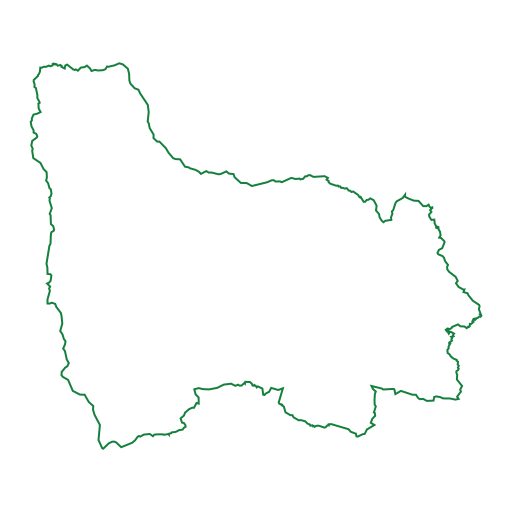 Medellín, Antioquia, Colombia (orthographic projection)
{"feature_id": "7082276B76690106408580", "entity_name": "Medellín", "entity_type": "district", "adm_level": 2, "iso_a3": "COL", "parent_name": "Colombia", "parent_adm1": "Antioquia", "projection": "orthographic", "projection_center": [-75.59, 6.269], "detail": "fine", "context": "isolated", "style": "outline", "palette": "green", "viewbox_px": 512, "rotation_deg": 0, "n_neighbors": 0, "source": "geoboundaries", "source_scale": "gbopen_adm2", "svg_char_len": 5932}
<svg xmlns="http://www.w3.org/2000/svg" viewBox="0 0 512 512"><path d="M103.2,448.7L108.8,443.3L112.2,441.7L114.2,441.6L116.3,442.5L121.2,447.2L132.3,442.7L135.1,440.3L137.7,436.7L138.9,436.0L140.2,436.6L143.8,434.6L149.8,434.0L153.0,436.2L154.1,434.8L155.8,434.4L162.9,434.3L163.7,434.8L168.3,434.1L168.8,434.6L168.7,433.8L171.2,433.2L171.6,432.4L175.7,431.9L179.0,430.2L182.6,429.6L184.0,427.7L185.5,426.9L185.5,425.3L183.9,423.0L182.0,422.6L180.6,418.4L184.0,415.5L185.0,412.7L188.9,409.3L192.2,407.7L194.0,407.8L196.5,403.0L198.7,403.6L198.6,397.4L195.6,394.3L194.3,389.3L198.8,388.1L202.7,389.1L209.0,389.4L217.1,387.9L223.8,384.6L231.1,383.7L235.3,385.8L238.1,384.7L239.4,385.6L241.5,385.6L244.5,382.9L245.0,383.5L245.3,381.8L249.9,382.0L251.8,383.6L252.5,385.5L253.9,385.8L254.3,385.0L255.8,385.9L256.7,387.4L257.9,386.4L262.4,388.6L263.2,394.7L264.5,395.0L265.5,393.7L269.1,391.8L271.2,387.9L278.2,390.0L282.9,388.3L278.7,402.5L279.4,403.8L282.0,404.6L281.7,405.2L283.8,406.5L285.5,412.3L290.4,415.2L292.5,415.2L293.5,417.3L298.7,420.3L300.9,420.1L305.2,421.3L307.4,423.5L310.0,424.6L310.3,425.7L312.5,425.3L313.0,426.3L313.8,426.0L314.5,426.8L316.2,425.8L318.8,425.7L324.4,427.6L325.7,427.2L327.5,425.3L328.8,425.4L328.7,424.3L331.2,424.1L348.5,429.2L350.8,431.8L355.9,433.7L356.4,436.3L357.6,436.6L363.0,434.1L364.7,433.9L366.9,429.5L374.4,425.0L370.8,422.8L372.3,418.8L375.2,415.8L374.7,412.7L373.9,412.4L375.8,406.4L374.7,404.7L374.5,400.1L374.9,393.9L375.8,391.5L373.1,389.2L371.5,386.0L381.8,388.5L383.2,389.5L393.6,388.9L394.3,389.3L395.4,394.1L400.9,390.9L412.4,394.7L416.0,394.8L418.2,398.1L419.9,399.2L423.1,398.9L426.9,400.9L433.5,400.6L434.2,397.0L436.3,396.4L440.2,397.1L443.0,398.4L450.0,398.5L455.4,399.6L458.6,398.9L457.1,396.7L460.9,391.6L460.2,389.5L462.1,386.0L456.9,379.5L457.2,374.7L456.3,372.7L456.5,371.1L458.1,370.1L458.7,368.7L457.9,367.7L458.8,365.9L457.7,364.6L458.0,361.8L456.5,360.5L456.6,359.8L453.3,358.5L451.0,356.6L449.4,354.2L447.7,353.1L447.5,351.4L447.4,349.9L448.7,348.3L448.5,346.8L450.1,343.8L449.2,343.7L449.2,342.6L452.0,340.7L451.4,339.2L452.2,337.9L451.2,336.8L453.6,336.2L453.0,335.1L454.0,333.6L450.7,331.8L449.8,331.9L448.8,333.7L448.2,332.7L449.1,332.1L448.4,331.5L448.7,331.1L447.1,330.1L446.5,330.9L445.8,329.8L447.6,328.5L449.8,329.1L451.6,328.0L452.0,327.0L458.0,324.4L460.4,326.3L464.5,326.5L466.7,328.2L468.1,326.7L468.6,327.1L469.7,326.4L469.9,323.9L471.0,324.1L473.4,322.0L472.4,321.3L473.4,319.4L475.0,320.0L476.1,318.8L475.4,318.5L477.6,318.0L479.3,316.5L480.5,316.8L481.3,315.7L480.2,314.5L480.8,314.4L478.9,309.2L479.6,306.2L479.1,304.9L472.8,300.7L468.5,295.4L467.5,293.2L463.5,292.1L464.4,289.5L463.4,289.6L458.5,286.9L456.0,283.2L457.7,280.9L455.6,276.8L449.2,271.9L447.3,269.4L447.1,266.9L448.0,264.9L445.2,261.3L443.9,257.6L442.6,256.1L438.3,254.3L437.5,252.9L438.9,249.9L442.2,248.2L444.6,242.2L444.3,241.2L441.2,238.1L439.2,237.6L440.6,235.4L440.0,231.7L438.6,229.4L438.4,227.0L437.4,226.7L436.7,228.0L436.2,227.8L436.1,226.3L434.7,223.4L434.3,219.6L431.4,219.9L429.3,216.6L429.0,214.7L431.4,211.9L430.1,210.1L432.4,207.9L432.2,207.3L430.8,207.9L429.4,206.5L428.6,204.7L426.5,206.1L423.2,206.1L418.5,200.9L413.6,200.6L407.7,198.2L404.9,196.6L405.0,194.8L402.7,198.0L396.6,201.4L395.4,203.3L393.2,210.2L391.9,211.4L392.4,213.7L391.0,217.4L391.3,219.9L385.3,220.8L383.5,222.2L381.7,220.7L379.6,217.3L379.0,214.0L376.0,210.5L376.6,205.7L373.7,200.2L370.3,198.4L368.3,199.8L366.6,200.0L365.2,201.7L363.6,201.8L360.7,197.0L360.2,197.5L359.3,197.0L358.3,195.1L353.2,191.5L351.4,192.0L350.3,190.8L348.6,190.5L346.8,188.2L344.7,188.6L342.7,187.8L341.2,187.9L340.2,186.4L338.5,186.5L338.0,185.6L336.1,185.7L330.3,183.7L328.6,182.2L328.6,180.9L326.6,179.7L327.9,177.9L324.6,176.2L313.5,176.9L310.0,175.1L307.9,175.4L306.9,176.3L305.1,176.4L303.2,178.8L300.4,179.4L299.6,178.6L295.6,179.0L291.3,177.9L281.8,182.2L279.9,181.4L275.5,181.5L273.7,180.2L271.7,180.3L267.0,182.3L251.9,186.0L246.8,183.1L240.8,182.9L234.6,177.2L233.5,174.1L229.0,173.6L226.4,171.4L220.7,174.0L218.6,174.3L211.4,172.5L208.9,172.6L206.2,171.1L200.9,173.9L199.0,171.8L195.6,169.9L189.7,168.2L188.8,167.4L185.0,166.7L180.1,159.3L175.6,159.1L173.2,158.2L168.6,152.8L165.8,148.1L159.4,141.6L157.2,141.6L153.5,138.1L153.6,134.6L149.7,128.1L148.8,123.5L147.7,121.5L148.7,112.0L147.8,104.9L140.2,93.5L138.4,89.7L134.7,88.3L130.4,83.6L129.4,80.6L129.1,73.8L127.9,68.8L122.9,64.4L119.3,63.3L114.4,65.4L108.2,66.8L107.1,66.5L105.3,69.3L102.8,70.2L98.1,70.5L94.9,69.9L91.5,71.0L90.1,68.5L86.9,65.6L84.6,67.1L80.8,67.6L77.9,70.7L75.8,69.4L74.5,70.0L73.2,69.4L67.1,64.6L65.3,65.5L64.7,68.5L61.4,66.8L61.7,66.0L60.4,65.0L57.7,65.7L56.5,64.2L54.5,63.8L54.8,64.4L52.7,64.1L52.6,65.4L50.4,66.3L48.9,65.6L45.8,66.9L43.9,66.7L41.5,67.8L40.3,67.6L39.9,71.7L38.9,74.1L37.9,75.2L38.0,75.9L33.8,79.9L33.6,81.3L34.6,84.3L34.4,87.0L35.9,88.0L37.4,95.3L37.3,97.9L39.6,102.2L39.5,103.1L38.4,103.5L38.7,108.6L40.6,112.0L37.4,113.6L33.5,114.6L31.8,118.5L31.9,120.3L30.7,122.0L31.5,126.4L33.6,130.3L33.6,132.6L36.2,133.8L37.3,136.3L36.8,137.5L32.2,140.9L31.3,145.5L32.7,148.8L32.2,150.9L33.3,158.1L40.5,163.0L43.6,169.1L46.6,172.1L46.9,177.4L46.1,180.6L48.1,183.2L49.5,188.2L50.8,189.3L51.5,193.6L50.8,196.2L49.3,197.5L49.8,198.3L49.5,200.6L51.8,208.2L49.7,213.9L50.6,215.2L50.9,224.1L53.2,226.1L54.1,229.6L53.7,230.8L51.4,232.2L50.9,234.0L50.5,243.7L49.4,245.8L46.5,263.7L47.4,267.8L47.5,273.9L50.5,274.3L51.4,275.6L50.6,280.8L49.1,282.6L47.1,283.5L50.1,286.6L49.1,288.5L49.9,290.8L47.5,299.5L47.5,303.5L49.6,303.6L51.8,302.7L55.2,303.9L56.3,306.9L60.9,313.0L61.5,315.7L62.3,323.7L60.2,331.0L62.5,334.4L63.8,338.9L65.5,341.2L65.1,344.1L63.2,348.6L65.0,351.2L66.7,359.3L68.8,363.1L67.3,366.3L65.3,367.5L61.7,371.9L61.5,375.2L63.0,377.0L68.1,379.9L72.8,390.9L80.0,394.6L84.6,394.7L88.8,402.0L93.3,406.1L93.0,409.7L94.6,414.9L99.9,425.0L98.5,440.0L102.2,448.2L103.2,448.7Z" fill="none" stroke="#15803d" stroke-width="2"/></svg>